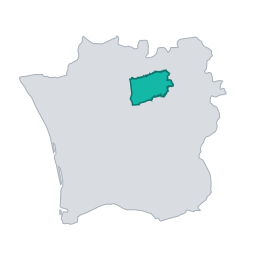 Worodougou, Worodougou, Ivory Coast shown in context, rotated 83°
{"feature_id": "98640826B81277132888560", "entity_name": "Worodougou", "entity_type": "district", "adm_level": 2, "iso_a3": "CIV", "parent_name": "Ivory Coast", "parent_adm1": "Worodougou", "projection": "mercator", "projection_center": [-6.759, 8.427], "detail": "fine", "context": "in_parent", "style": "filled", "palette": "teal", "viewbox_px": 256, "rotation_deg": 83, "n_neighbors": 0, "source": "geoboundaries", "source_scale": "gbopen_adm2", "svg_char_len": 7978}
<svg xmlns="http://www.w3.org/2000/svg" viewBox="0 0 256 256"><g transform="rotate(83 128 128)"><path d="M51.0,44.4L51.9,44.4L54.4,43.7L56.6,42.0L58.6,38.6L61.4,35.9L64.5,36.1L65.5,35.6L66.6,35.5L67.9,37.3L69.2,38.7L70.1,38.7L70.8,41.3L76.6,42.4L79.0,43.1L81.1,45.0L81.8,45.0L82.6,44.6L83.3,44.0L83.5,43.2L82.6,41.5L83.0,40.0L83.9,38.6L85.4,38.5L87.6,38.2L90.1,38.1L92.0,38.4L92.8,37.0L92.1,33.2L92.2,31.0L92.5,29.3L93.2,28.5L96.1,30.8L98.7,31.6L100.5,31.7L101.0,31.2L100.2,28.8L100.5,28.0L101.1,27.6L102.4,27.4L105.7,26.3L106.0,26.5L106.6,30.4L106.3,31.7L107.0,34.3L107.9,36.8L107.8,37.7L107.1,39.3L106.3,40.6L106.4,41.2L107.7,42.2L110.2,43.1L112.8,43.4L114.3,41.9L115.8,40.8L116.8,39.7L117.2,38.2L118.9,37.1L123.6,35.7L127.9,35.5L129.0,35.9L131.0,38.1L133.5,39.5L137.2,39.3L140.0,40.2L142.4,41.9L144.0,45.5L145.7,48.1L146.5,51.9L149.2,53.8L151.4,54.7L154.3,57.4L157.4,58.8L160.5,58.5L162.0,59.9L164.3,60.9L166.6,61.0L168.7,57.9L171.4,56.6L178.3,54.1L181.0,53.0L183.8,52.3L190.4,52.0L196.5,52.8L199.6,53.4L201.7,53.0L203.7,54.5L205.7,57.6L207.4,58.6L209.1,59.6L210.4,62.1L211.9,64.5L212.7,65.6L214.5,68.0L216.1,68.1L217.7,67.0L218.4,66.2L218.7,67.8L218.1,70.4L218.2,72.0L219.1,72.6L218.6,74.7L216.8,78.2L216.8,80.2L218.6,80.9L219.8,83.1L220.6,86.8L221.4,88.0L221.5,88.8L222.8,97.9L224.4,107.0L223.3,108.1L221.9,108.5L221.0,108.9L220.8,109.8L221.4,111.0L221.0,112.1L219.2,112.9L215.4,115.8L215.1,116.9L214.1,119.4L213.3,120.9L212.0,123.7L210.0,131.0L209.3,137.1L209.2,139.0L208.4,140.3L207.6,142.2L203.4,147.4L201.3,151.6L201.6,153.5L201.7,155.4L201.0,156.7L201.2,160.3L201.7,163.3L202.4,166.3L205.4,174.6L207.0,179.7L208.0,183.8L208.8,186.5L209.6,187.6L209.9,188.7L214.4,189.4L215.3,190.0L216.5,195.4L216.3,197.8L215.4,198.7L215.4,200.7L215.2,203.2L214.6,204.2L212.1,204.4L210.4,205.3L208.1,204.9L207.9,204.3L206.7,204.1L203.4,202.6L204.0,198.0L202.4,197.8L201.2,198.4L198.9,204.0L197.8,204.9L181.2,202.1L177.6,199.8L173.3,199.2L165.9,199.5L159.7,200.2L157.9,201.6L173.5,200.8L175.2,200.9L176.0,201.8L156.2,203.6L148.7,204.7L146.5,204.4L144.8,202.6L136.6,202.4L134.9,203.0L133.9,204.3L137.1,204.0L142.2,203.9L143.6,204.9L127.7,206.2L116.7,208.7L112.0,210.6L96.6,216.6L87.2,219.5L84.8,220.6L80.5,223.5L75.0,225.4L68.8,228.9L65.1,229.7L64.2,228.5L64.2,222.6L63.6,214.7L63.8,211.7L64.3,208.9L64.3,206.5L66.2,205.6L66.7,204.6L67.0,201.6L68.7,198.8L68.8,193.9L69.3,192.9L69.7,191.6L68.9,188.4L68.0,182.4L67.5,182.0L67.1,182.2L66.1,182.3L62.2,180.3L59.2,179.9L57.1,178.1L57.0,176.1L56.0,174.9L55.3,172.6L54.2,169.9L51.3,168.2L48.5,167.8L46.6,168.2L44.3,168.1L41.6,167.2L39.8,166.2L38.1,164.2L36.5,162.6L35.2,162.8L33.6,162.4L32.1,161.7L31.6,161.2L38.0,154.9L40.2,151.8L40.4,150.0L40.4,148.1L41.1,146.1L41.3,143.2L37.8,132.4L36.9,129.1L35.9,128.1L35.3,127.7L37.1,126.3L39.6,126.7L43.4,127.8L44.2,126.7L47.1,121.3L47.0,119.2L46.7,117.8L48.4,114.1L49.7,112.7L50.4,111.1L50.2,109.0L49.2,108.2L47.8,108.4L46.3,107.8L43.8,106.6L42.6,105.5L43.0,100.6L43.2,99.1L44.1,98.2L45.4,98.0L49.2,97.8L52.2,98.4L54.9,98.7L56.3,98.7L57.4,100.1L59.0,101.6L60.3,101.6L60.8,100.5L60.5,95.7L59.6,93.1L57.5,90.6L52.3,88.5L52.1,85.5L52.7,82.3L53.8,81.1L57.7,79.1L57.0,78.0L55.8,76.8L53.3,75.6L53.9,71.8L54.0,68.3L51.9,68.7L49.7,68.9L47.9,67.9L46.4,65.8L46.1,60.0L46.1,53.4L45.8,50.5L46.4,48.9L48.2,47.5L50.3,45.6L51.0,44.4ZM206.0,205.0L205.1,206.3L201.0,205.5L202.0,204.4L206.0,205.0Z" fill="#d9dde1" stroke="#a8b0b8" stroke-width="1"/><path d="M80.1,114.0L79.9,114.5L79.9,114.9L79.9,115.0L80.1,115.4L80.0,116.0L79.8,116.2L79.6,116.3L79.2,116.6L79.2,117.0L79.0,117.3L78.6,117.5L78.5,117.8L78.6,118.2L78.9,118.2L79.0,118.2L79.4,118.2L79.7,118.2L79.9,118.4L79.9,118.6L79.9,119.0L79.9,119.6L79.7,119.8L79.8,120.2L80.8,120.1L82.4,119.9L94.4,120.0L95.0,120.1L99.3,122.1L102.3,120.9L103.3,120.7L105.7,120.7L105.6,120.4L105.8,120.1L105.7,119.6L105.8,119.4L105.9,119.2L105.8,118.7L105.8,118.4L105.9,118.1L105.9,117.5L106.1,117.0L105.8,116.3L105.8,115.7L105.8,115.3L106.2,114.8L106.3,114.4L106.1,114.3L105.4,113.5L105.2,113.5L104.9,113.5L104.7,113.2L104.5,112.8L104.5,112.6L104.4,112.3L104.5,111.7L104.2,110.0L104.2,109.4L104.0,108.2L103.9,107.6L103.4,106.5L103.1,106.2L103.0,105.6L103.1,105.2L102.9,104.6L103.1,104.3L103.0,103.7L103.0,103.2L102.9,102.7L103.1,102.2L102.8,102.2L102.7,102.1L102.8,102.0L103.0,101.9L103.2,101.6L102.8,101.7L102.5,101.5L102.5,101.4L102.8,101.2L102.4,100.4L101.7,100.2L101.3,100.2L101.0,100.3L100.9,99.9L100.8,99.7L100.4,99.2L100.4,98.8L100.5,98.5L100.5,98.4L100.3,98.2L99.6,98.1L99.4,97.7L99.5,97.6L99.6,97.4L99.8,97.2L100.0,97.3L100.1,97.6L100.3,97.3L100.5,97.2L100.6,96.8L100.4,96.4L100.4,95.9L100.2,95.4L99.9,95.6L99.7,95.4L99.7,95.2L99.9,95.2L100.2,95.0L100.2,94.9L99.9,94.7L100.3,94.4L100.0,94.0L100.0,93.7L99.8,93.5L99.5,94.0L99.2,94.1L99.1,93.7L99.3,93.6L99.5,93.5L99.6,93.4L100.0,93.3L100.0,93.2L100.0,92.9L99.7,92.6L99.7,92.3L99.6,92.2L99.4,92.1L99.3,92.4L99.2,92.4L99.2,92.1L99.0,91.9L99.5,92.0L99.7,91.8L99.9,91.8L100.0,91.7L99.9,91.6L99.4,91.4L99.4,91.1L99.5,91.0L99.6,90.7L99.8,90.8L100.0,91.1L100.1,90.8L100.0,90.6L100.3,90.9L100.6,90.8L100.8,90.9L100.8,90.7L100.5,90.7L100.8,90.5L100.9,90.1L100.8,89.8L100.9,89.6L101.4,89.3L101.4,89.2L101.0,89.0L101.0,88.9L101.1,88.7L101.3,88.6L101.3,88.3L100.8,88.0L100.8,87.8L100.6,87.6L100.4,87.5L100.2,87.6L100.1,88.0L99.8,88.2L99.6,88.0L99.4,87.9L99.3,87.7L99.2,87.4L98.9,87.5L98.9,87.3L99.0,87.2L99.3,87.4L99.5,86.9L99.3,86.8L99.1,86.7L98.9,86.2L98.7,86.4L98.6,86.1L98.1,85.6L97.5,85.5L97.5,85.2L97.3,85.1L96.9,85.2L96.7,85.0L96.6,84.8L96.4,84.6L96.6,84.4L96.5,84.2L96.4,83.9L96.3,83.7L96.1,83.6L95.7,83.7L95.7,84.0L95.6,83.7L94.9,83.9L94.8,84.0L94.7,84.2L94.4,84.2L94.2,84.2L94.1,83.8L93.7,83.7L93.5,83.9L93.4,83.9L93.0,83.7L92.8,83.9L92.9,84.0L92.6,84.0L92.5,84.3L92.2,84.3L92.0,83.8L91.8,83.8L91.8,83.4L91.8,83.1L91.5,82.8L91.5,82.6L91.9,82.4L92.0,82.5L92.0,82.4L91.9,82.2L91.6,82.2L91.8,82.0L91.6,81.8L91.5,81.6L91.6,81.2L91.8,80.6L91.9,80.2L91.7,80.2L91.8,79.7L91.8,79.1L91.9,78.5L91.6,78.3L91.6,78.2L91.4,78.2L91.1,77.9L90.8,77.9L90.0,77.9L89.6,78.2L89.1,78.3L88.6,78.6L88.5,78.8L88.1,78.9L87.9,79.2L87.6,79.4L87.1,79.2L86.7,79.2L86.4,79.2L85.8,79.5L85.6,79.9L85.5,80.5L85.5,80.8L85.4,80.8L85.3,81.1L85.4,81.3L85.3,81.5L85.2,82.1L85.4,82.6L85.4,83.3L85.4,83.5L85.2,83.6L84.9,83.4L84.7,83.1L84.1,82.5L83.5,82.8L83.3,82.8L83.1,82.6L82.8,82.5L82.2,82.6L81.7,82.7L81.1,82.3L80.9,82.0L80.8,81.9L80.6,81.4L80.1,80.7L79.1,80.2L78.9,80.2L78.5,80.5L78.3,80.8L78.1,81.0L77.7,81.7L77.3,81.8L76.9,81.9L76.9,82.5L76.8,83.0L76.7,83.1L76.4,83.2L76.0,83.1L75.7,83.1L75.4,83.0L75.2,83.2L75.1,83.5L75.1,83.8L75.2,84.0L75.5,84.1L75.6,84.3L75.4,85.0L75.6,85.3L75.6,85.6L75.4,85.4L75.2,85.6L75.3,85.7L75.7,85.9L75.7,86.2L75.6,86.3L75.7,86.6L76.1,86.6L76.2,86.8L76.1,87.0L75.7,87.2L75.7,87.3L75.8,87.3L76.0,87.4L76.0,87.8L76.3,87.9L76.0,88.2L75.9,88.4L76.1,88.6L76.4,88.6L76.5,88.7L76.3,88.9L76.2,89.0L75.9,89.2L75.9,89.6L76.2,90.0L75.9,90.2L75.8,90.3L75.9,90.6L75.9,90.8L76.0,90.8L76.0,91.0L75.8,91.6L75.6,91.7L75.7,92.3L75.5,92.7L75.7,92.8L75.7,93.0L75.6,93.3L75.6,93.5L75.4,93.7L75.5,93.9L75.5,93.7L75.8,93.7L75.8,93.9L75.9,94.0L75.9,94.6L75.5,94.6L75.8,94.9L75.9,94.7L76.1,94.7L76.1,95.0L75.9,95.2L75.8,95.3L75.9,95.5L76.0,95.7L76.3,95.9L76.6,96.3L76.4,96.5L76.7,96.7L76.7,96.8L76.5,97.0L76.9,97.5L77.2,97.7L77.2,97.9L77.3,98.5L77.0,98.7L76.9,98.8L77.0,99.1L77.3,99.2L77.3,99.4L77.3,99.7L77.1,99.8L77.4,99.9L77.6,100.0L77.6,100.3L77.7,100.6L77.6,101.0L77.6,101.4L77.8,101.5L78.2,101.7L78.2,101.8L77.9,102.0L77.8,102.5L78.2,102.5L78.3,102.7L78.7,102.8L79.0,103.2L79.2,103.3L79.2,103.6L78.6,103.9L78.2,103.8L78.0,104.1L78.6,104.4L78.6,104.8L78.9,105.6L78.8,105.8L78.1,106.0L78.4,106.5L78.7,106.6L78.7,106.8L78.9,107.0L79.2,107.4L79.2,107.8L79.5,107.9L79.6,108.1L79.4,108.3L79.0,108.4L79.0,108.5L79.0,108.8L78.9,109.0L79.0,109.1L79.3,109.4L79.8,110.2L79.6,110.6L79.2,110.8L79.0,111.1L79.2,111.4L79.2,112.0L79.3,112.2L79.6,112.2L79.8,112.5L79.5,112.9L79.6,113.2L80.1,113.6L80.1,114.0Z" fill="#14b8a6" stroke="#0f766e" stroke-width="1.5"/></g></svg>